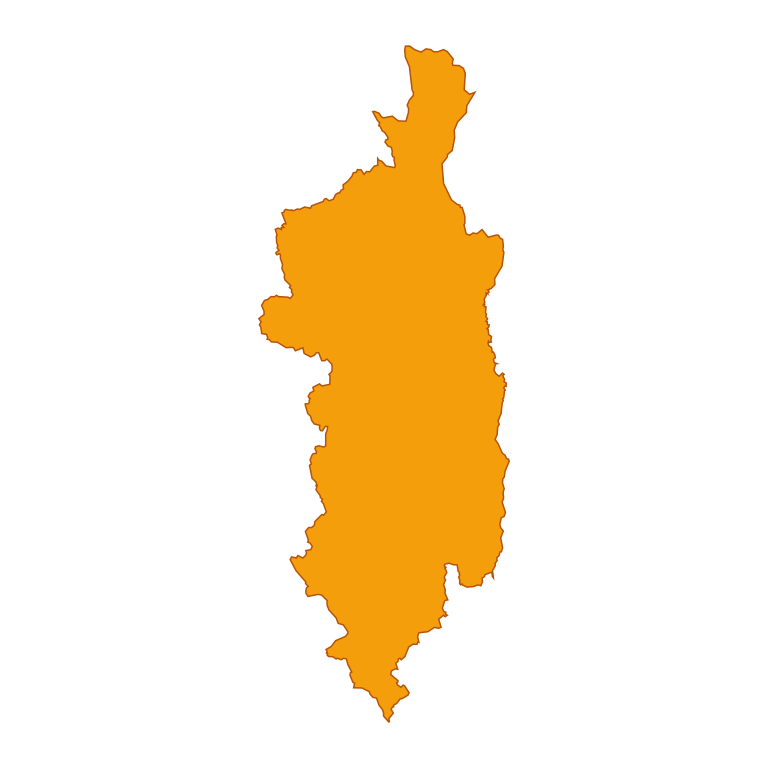 outline of Taunggyi, Shan, Myanmar
{"feature_id": "60261553B67272669909031", "entity_name": "Taunggyi", "entity_type": "district", "adm_level": 2, "iso_a3": "MMR", "parent_name": "Myanmar", "parent_adm1": "Shan", "projection": "robinson", "projection_center": [96.903, 20.784], "detail": "fine", "context": "isolated", "style": "filled", "palette": "amber", "viewbox_px": 768, "rotation_deg": 0, "n_neighbors": 0, "source": "geoboundaries", "source_scale": "gbopen_adm2", "svg_char_len": 6106}
<svg xmlns="http://www.w3.org/2000/svg" viewBox="0 0 768 768"><path d="M493.4,577.9L492.5,570.7L495.2,565.9L495.2,563.1L497.1,560.7L496.7,557.6L498.7,556.1L500.2,551.8L501.3,551.8L502.6,547.9L500.7,537.8L503.3,531.1L500.9,528.1L499.8,524.8L501.2,517.9L504.1,516.4L505.5,512.4L502.2,502.3L503.6,497.8L503.1,492.4L504.2,488.8L502.5,483.0L502.8,479.0L504.4,476.7L505.0,471.4L509.2,461.3L508.5,459.1L506.5,458.6L505.1,455.3L502.3,453.2L498.0,443.6L495.1,439.5L497.1,434.7L497.7,426.9L499.2,424.5L498.1,420.9L501.1,413.5L502.2,403.0L503.3,400.3L502.5,399.0L503.7,397.9L504.5,390.8L505.3,390.2L503.7,387.8L505.0,386.0L506.1,386.4L506.2,382.9L504.0,381.8L504.6,379.5L502.8,375.8L504.1,374.3L502.5,373.1L499.1,376.2L496.2,374.0L493.9,370.3L495.5,364.0L497.0,363.7L494.2,362.6L493.5,359.2L495.3,357.8L494.8,354.6L493.4,352.1L492.3,352.3L491.5,347.4L488.7,345.6L488.0,343.0L488.5,341.2L489.4,342.5L491.4,342.0L490.8,340.1L491.5,336.5L488.7,334.6L488.1,329.4L486.9,328.5L488.6,327.2L489.3,325.0L487.4,324.5L487.3,321.8L486.0,321.4L487.6,318.8L485.8,316.4L486.5,314.2L485.5,312.9L486.0,306.8L484.3,306.6L484.7,304.5L483.4,304.7L484.8,302.4L484.1,299.3L486.3,295.3L486.1,293.1L487.6,293.9L487.1,293.1L488.9,292.4L488.7,290.5L487.6,289.9L491.2,288.5L494.9,284.6L494.6,278.7L502.0,266.2L503.9,252.4L502.8,249.6L503.4,246.4L502.6,239.3L500.2,238.2L498.5,235.3L496.6,235.0L488.1,237.2L482.1,229.6L476.9,233.7L473.0,233.0L469.7,235.2L466.2,233.9L464.0,224.7L464.9,223.2L464.8,216.2L462.2,207.5L460.3,207.3L459.9,205.1L457.0,204.3L451.5,199.9L443.6,183.6L442.0,163.8L447.2,157.2L447.6,154.5L452.2,150.5L454.7,137.5L454.2,130.3L457.6,122.0L466.4,112.5L466.7,105.9L474.9,92.3L469.5,94.3L464.2,89.8L465.3,73.4L463.5,68.5L459.3,65.6L452.9,65.3L452.3,63.2L453.2,59.0L447.2,51.5L443.6,49.6L437.7,51.8L433.7,51.8L430.8,49.6L426.0,48.9L421.1,52.1L414.8,49.8L409.7,46.1L405.5,46.1L404.7,50.0L405.3,56.9L409.4,66.6L412.1,89.8L413.5,93.0L413.1,95.7L409.5,99.9L407.2,105.1L408.6,108.8L408.4,112.5L406.0,121.2L398.2,120.9L392.3,116.2L383.4,117.9L381.4,116.8L379.1,113.3L374.5,111.3L372.7,111.7L377.4,120.4L379.6,122.7L378.7,125.8L380.1,126.3L382.2,130.8L384.8,132.6L387.6,136.9L388.0,139.1L385.9,139.9L385.0,142.1L388.0,146.0L391.3,147.4L392.3,151.4L391.9,154.2L392.7,156.5L394.4,157.6L394.0,160.1L395.3,165.7L394.6,167.6L386.1,166.0L381.9,161.4L378.8,160.1L377.7,158.5L377.7,165.3L374.3,166.1L369.7,171.8L366.4,171.5L364.1,174.4L361.1,169.9L357.5,169.6L356.2,172.3L353.3,172.8L351.9,176.3L347.5,181.6L343.1,184.8L343.5,188.9L341.3,190.1L339.3,193.1L338.0,192.9L335.7,194.5L333.2,199.3L329.1,200.8L326.1,198.5L324.5,199.1L323.1,201.5L311.6,205.8L310.5,208.2L304.6,207.0L299.7,209.4L297.4,209.0L293.2,210.8L291.5,209.8L290.2,210.4L285.9,209.4L284.4,210.3L283.9,212.2L281.9,212.9L286.0,223.8L283.7,223.8L281.9,225.5L283.7,227.4L281.3,227.5L281.4,229.5L278.3,228.1L275.3,229.3L277.1,235.4L276.3,236.2L276.6,242.5L277.8,245.5L277.1,247.9L279.0,250.3L276.0,252.5L276.0,253.5L276.9,254.8L279.7,253.7L280.4,254.9L280.4,258.4L282.5,264.5L281.9,268.7L284.7,274.6L284.2,277.2L285.0,280.0L290.7,285.7L289.4,287.4L291.8,289.6L291.4,292.0L293.1,294.8L290.2,298.5L288.1,297.2L278.3,296.6L276.5,295.3L274.3,296.8L271.1,296.6L267.6,299.5L264.5,300.4L261.6,305.4L264.1,311.4L264.0,314.6L258.8,318.6L261.1,321.9L259.4,324.8L260.9,327.3L261.7,333.6L266.7,334.4L267.6,337.6L267.1,339.3L269.2,339.5L271.4,341.9L277.3,342.2L286.2,347.7L292.0,347.3L293.7,347.9L295.3,350.8L302.9,347.8L304.1,353.4L310.8,356.9L314.5,355.1L316.4,352.7L318.7,352.7L321.7,360.6L324.5,360.8L327.0,359.1L331.7,364.1L332.1,366.1L332.0,371.3L328.9,374.5L330.0,375.7L329.8,384.3L322.0,386.0L319.5,383.9L312.9,387.3L313.8,390.9L310.0,393.1L308.3,396.1L308.7,397.6L310.1,398.3L309.1,400.6L309.4,402.3L308.2,403.8L305.3,403.8L305.2,404.8L307.8,413.6L310.5,416.2L311.7,420.4L314.1,423.9L319.8,425.4L319.4,428.1L320.5,430.6L322.5,430.8L325.2,426.5L327.6,426.4L327.2,430.3L325.7,433.6L325.7,445.8L323.7,447.1L319.0,445.8L315.6,446.7L314.9,448.7L316.4,451.5L316.2,453.3L313.2,453.7L311.9,455.3L310.1,459.8L311.4,464.0L309.5,465.3L312.1,478.3L315.8,481.8L316.7,484.3L316.0,485.6L317.2,485.5L316.0,489.7L320.2,495.7L320.3,497.5L322.4,499.2L321.4,501.3L323.4,503.6L326.3,511.9L323.7,515.1L321.9,514.5L314.9,521.5L314.3,525.4L311.4,527.6L308.7,527.5L305.4,531.4L308.4,540.2L307.7,542.1L310.0,543.0L312.3,546.5L310.7,549.7L305.8,550.6L306.5,552.8L305.9,555.0L302.9,558.0L297.8,555.5L296.4,558.0L291.6,556.9L290.1,559.5L296.1,570.8L305.6,581.7L305.6,583.6L308.2,586.4L306.6,587.7L305.9,590.4L305.9,593.1L307.9,596.5L317.8,594.4L321.6,595.0L327.1,600.5L327.1,605.2L329.0,610.0L336.2,618.0L338.2,623.4L343.3,624.8L347.9,631.8L348.0,633.1L345.4,636.4L335.6,640.7L331.2,646.5L326.0,649.5L327.2,651.9L326.4,653.0L327.6,653.6L327.2,655.2L328.6,656.5L333.2,656.8L336.1,659.0L337.2,658.2L341.2,659.7L343.6,658.3L346.4,658.9L347.8,664.4L351.7,672.0L350.2,673.0L350.1,675.6L352.9,682.3L354.6,683.2L353.6,687.8L362.0,688.0L369.3,691.7L369.9,693.9L372.9,697.4L376.5,698.0L379.0,705.1L382.4,709.6L383.6,712.9L383.5,716.0L388.7,721.9L389.4,721.6L388.8,718.6L393.3,713.2L391.1,709.2L392.6,706.8L393.6,706.9L393.8,704.8L396.5,703.6L400.4,698.6L402.0,698.7L407.9,695.2L409.1,692.8L404.7,685.9L403.1,685.1L400.9,687.3L397.3,684.7L396.6,682.7L397.7,682.3L398.0,680.7L390.8,674.6L391.3,671.1L395.0,668.9L397.7,669.2L395.8,663.2L397.9,661.5L398.6,658.6L400.1,658.4L401.2,659.8L404.9,656.6L408.7,647.0L412.9,644.2L417.0,644.3L418.0,641.8L418.9,642.2L417.6,636.8L418.8,632.8L427.9,631.7L434.4,627.4L438.5,628.3L441.1,627.3L438.7,619.2L443.3,615.3L445.2,616.7L447.3,615.2L445.4,614.2L445.9,612.3L444.0,611.7L442.3,608.1L444.8,600.5L447.8,599.9L445.0,593.1L445.3,589.9L443.6,584.5L445.6,579.8L444.6,578.7L444.5,576.5L446.8,572.5L444.9,567.9L445.9,567.6L444.3,565.4L444.9,564.1L449.2,563.2L453.5,564.8L457.1,564.8L458.2,571.4L459.3,572.5L459.5,575.8L458.7,577.1L459.8,580.3L459.6,583.5L460.6,584.8L462.0,584.0L462.2,584.9L467.0,587.1L473.3,586.6L478.0,584.9L480.9,585.7L482.5,581.6L482.0,578.1L484.4,576.7L485.1,574.6L490.9,572.5L491.9,572.3L492.4,576.6L493.4,577.9Z" fill="#f59e0b" stroke="#b45309" stroke-width="1.5"/></svg>